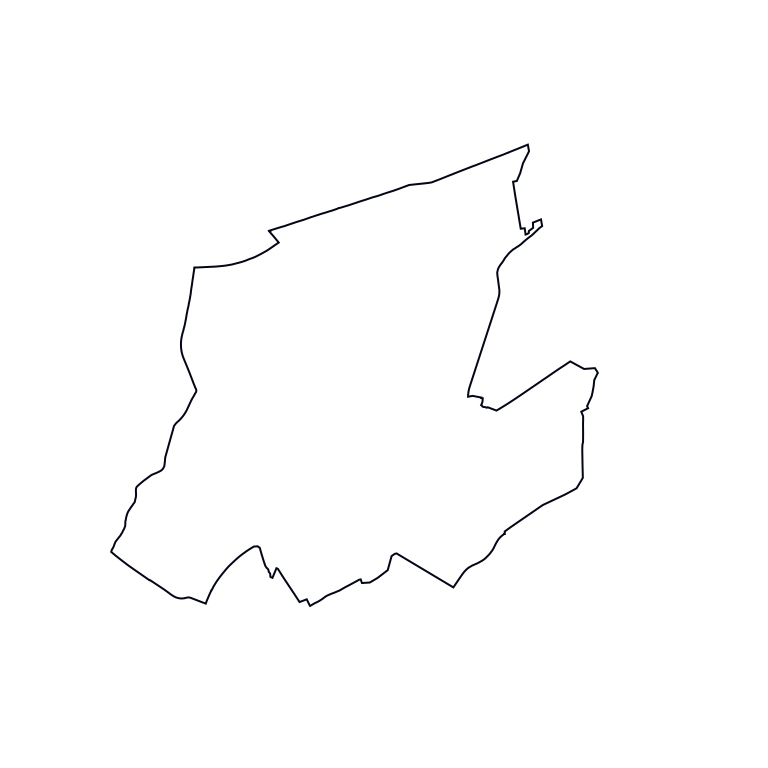 the district of Leiden, Zuid-Holland, Netherlands, rotated 202°
{"feature_id": "6326949B91980754405751", "entity_name": "Leiden", "entity_type": "district", "adm_level": 2, "iso_a3": "NLD", "parent_name": "Netherlands", "parent_adm1": "Zuid-Holland", "projection": "orthographic", "projection_center": [4.488, 52.152], "detail": "fine", "context": "isolated", "style": "outline", "palette": "ink", "viewbox_px": 768, "rotation_deg": 202, "n_neighbors": 0, "source": "geoboundaries", "source_scale": "gbopen_adm2", "svg_char_len": 6058}
<svg xmlns="http://www.w3.org/2000/svg" viewBox="0 0 768 768"><g transform="rotate(202 384 384)"><path d="M172.9,351.5L166.4,359.4L165.5,364.9L164.5,371.5L168.7,381.2L175.5,397.2L177.3,402.1L177.6,404.4L178.7,407.3L181.2,413.6L184.5,421.5L185.9,425.3L186.8,427.5L187.4,428.8L189.4,430.9L190.7,432.2L189.6,433.5L185.7,438.0L187.4,439.6L186.9,450.7L187.6,454.7L188.8,460.5L190.5,466.4L190.0,474.2L189.9,474.4L191.4,475.6L194.4,477.7L204.1,472.9L219.8,474.7L222.6,470.5L227.8,463.0L251.1,427.9L256.4,420.0L261.8,412.2L267.9,403.9L269.8,401.5L279.1,401.3L279.8,400.5L281.2,400.5L283.4,400.0L284.4,400.0L285.0,400.4L285.4,401.0L286.0,400.9L286.0,404.1L286.2,405.0L286.8,406.6L287.0,407.7L288.7,407.4L288.7,407.9L297.3,406.2L297.5,406.1L301.3,403.7L301.5,404.3L302.0,405.6L302.4,407.1L302.8,408.7L303.1,410.3L303.4,412.1L303.5,413.2L309.7,501.8L310.0,505.4L310.2,507.6L310.4,508.7L310.7,510.3L311.3,512.0L311.9,513.6L312.7,515.2L313.8,517.1L317.8,524.2L319.5,527.1L320.0,528.2L320.5,529.0L320.8,529.9L321.1,531.6L321.3,533.0L321.3,533.5L321.3,534.0L321.3,534.9L321.2,535.5L320.9,537.1L320.6,538.6L319.9,540.9L319.5,543.0L319.3,543.8L319.3,544.4L318.8,546.7L318.0,549.2L317.6,550.6L317.2,551.7L317.0,552.4L315.8,554.9L314.6,557.2L313.6,558.5L312.3,560.5L311.0,562.2L309.4,564.8L306.9,569.9L305.6,572.3L304.8,573.7L304.0,575.0L303.1,576.5L302.0,578.6L300.6,581.7L299.5,584.1L298.7,586.0L298.3,586.8L297.5,588.1L296.7,589.3L296.5,589.6L300.1,595.4L306.4,589.4L304.2,584.7L305.6,582.4L307.0,580.2L306.3,578.2L307.6,576.5L308.7,575.6L311.9,581.1L315.4,579.2L325.8,596.2L332.9,607.8L340.1,619.9L336.9,622.0L336.7,630.4L337.8,640.6L336.7,654.1L340.3,659.8L360.5,640.3L363.8,637.3L369.7,631.8L381.9,620.3L383.2,619.2L391.7,611.2L397.6,605.6L410.5,593.3L415.3,588.8L417.9,587.2L435.3,577.9L443.6,570.3L447.2,567.1L455.8,560.0L455.8,559.9L458.5,557.5L461.7,554.9L464.1,553.1L467.5,550.2L469.7,548.3L473.4,545.3L476.0,543.1L477.6,541.7L483.7,536.5L490.8,530.8L491.1,530.6L491.7,530.3L492.1,530.0L492.3,529.8L492.9,529.0L493.6,528.4L497.4,525.1L499.2,523.7L501.7,521.6L506.5,517.8L514.3,511.2L518.0,507.9L519.8,506.3L525.6,501.6L530.5,497.4L532.5,495.7L533.9,494.5L534.9,493.5L537.6,491.5L542.5,487.5L547.7,483.2L547.0,482.9L547.5,482.5L541.0,479.2L534.6,475.7L536.0,473.6L537.4,471.5L541.0,466.0L542.3,464.1L543.0,463.2L546.3,459.1L547.8,457.3L551.2,453.4L554.2,450.6L555.4,449.6L557.5,447.5L559.7,445.5L562.0,443.6L564.1,442.0L565.7,440.8L567.1,439.8L569.5,438.0L570.6,437.3L573.0,435.8L576.0,434.0L579.6,432.1L584.1,429.8L588.0,428.0L602.3,421.4L602.6,421.4L602.6,421.2L603.5,420.8L602.9,419.0L602.0,415.2L601.1,411.6L600.3,408.1L599.3,404.3L598.4,400.3L597.8,397.9L597.1,395.5L596.3,391.9L595.6,388.6L595.2,386.0L594.5,383.0L594.0,379.6L593.0,374.4L592.2,371.0L591.2,365.9L590.8,363.7L590.2,358.9L590.0,357.9L589.8,355.4L589.0,350.7L588.7,349.7L588.5,348.8L587.9,346.8L587.6,345.9L586.8,344.0L586.0,342.1L585.0,340.3L584.5,339.3L583.3,337.5L582.0,335.7L581.3,334.8L579.5,332.8L573.1,326.3L568.0,321.0L561.5,314.0L557.8,310.1L556.9,309.3L556.1,308.5L555.9,308.2L555.7,307.8L555.5,307.4L555.4,307.0L555.3,306.5L555.3,305.8L555.6,304.4L555.9,301.2L556.2,299.6L556.4,298.2L556.5,296.9L556.7,293.8L557.1,285.8L557.3,284.0L557.5,282.9L557.8,281.2L558.2,279.6L558.5,278.5L559.3,276.0L560.2,273.7L560.6,272.8L561.5,271.0L562.1,269.7L562.5,268.3L563.0,266.2L562.7,264.4L562.4,261.6L561.2,250.6L561.0,248.9L560.7,246.2L559.3,233.9L558.1,230.0L556.9,225.5L557.2,222.5L557.3,222.4L557.8,221.0L558.7,219.6L559.1,219.2L559.7,218.4L561.6,216.4L565.1,213.0L565.3,212.7L566.1,211.6L567.7,209.0L570.0,205.2L570.4,204.6L570.9,203.7L573.5,198.8L574.0,197.7L574.2,197.3L574.4,196.9L574.6,196.3L574.8,195.6L574.8,195.3L574.8,194.4L574.7,194.1L574.7,193.8L574.6,193.6L574.5,193.3L574.1,192.2L572.4,188.4L571.7,186.3L571.3,183.5L570.9,181.1L570.9,180.9L571.6,178.5L571.7,177.8L571.8,177.1L572.3,175.5L572.5,174.3L573.2,171.1L573.4,169.8L573.4,169.4L573.5,168.6L573.4,167.4L573.3,165.3L573.2,164.7L572.7,161.9L572.5,161.0L572.3,159.6L571.9,158.6L570.9,155.9L570.8,155.2L570.7,153.0L570.7,152.7L570.8,151.6L571.0,150.0L571.0,148.6L571.1,148.0L571.2,147.3L571.4,146.7L571.5,145.5L571.8,144.3L571.9,143.8L572.1,143.4L572.3,142.6L573.6,138.2L573.9,136.6L573.9,136.1L573.8,131.9L573.8,131.0L573.9,130.1L574.1,129.3L574.2,128.9L574.2,127.4L574.0,126.1L568.1,124.2L560.5,122.0L553.2,120.0L545.9,118.3L527.9,114.2L527.7,114.5L527.0,114.4L524.0,113.8L510.4,111.0L502.2,108.9L499.5,108.4L497.0,108.2L494.8,108.4L493.3,108.7L491.8,109.1L490.3,109.8L489.1,110.4L486.6,112.2L485.3,112.9L483.6,113.3L467.0,113.6L467.1,115.0L467.1,117.6L467.0,122.5L466.8,127.8L466.6,127.8L466.2,132.3L465.7,135.5L465.0,139.1L464.0,143.2L463.1,146.3L462.6,148.1L461.9,150.2L461.1,152.8L459.8,156.4L458.4,159.7L455.2,166.5L453.5,169.8L451.9,172.6L449.7,176.1L448.5,178.0L447.6,179.3L446.7,180.6L443.8,184.5L440.3,186.2L440.0,186.0L438.7,185.8L437.9,185.6L436.9,184.4L434.2,180.9L429.5,175.1L426.5,171.6L426.0,171.0L425.3,170.5L424.2,169.7L422.4,169.0L421.9,168.6L421.5,168.3L421.3,168.0L420.9,167.4L420.7,167.0L420.5,166.7L419.0,165.9L418.7,165.6L418.3,165.1L417.0,162.6L416.9,162.6L414.8,162.5L414.7,172.9L413.2,172.9L407.5,168.8L403.4,165.9L388.5,155.7L380.6,150.2L375.0,155.4L369.6,150.6L369.4,150.5L367.3,153.3L366.4,154.4L364.8,156.2L363.3,157.9L362.7,158.7L361.8,159.9L359.7,163.1L358.6,165.0L358.1,165.6L357.6,166.3L356.9,167.1L355.6,168.4L354.1,169.9L352.1,171.7L351.0,172.8L348.7,175.1L348.1,175.6L343.8,181.1L340.3,185.2L333.7,193.2L332.4,194.1L329.9,191.2L322.8,194.6L317.3,201.8L310.8,212.8L312.5,227.3L310.5,230.4L310.3,230.6L308.9,231.6L243.5,221.4L241.4,231.0L240.2,236.5L239.7,238.3L239.2,240.1L238.5,241.9L237.7,243.7L236.8,245.4L235.5,247.0L234.2,248.7L230.1,252.9L227.7,255.8L226.5,257.4L225.5,258.9L224.6,260.6L223.1,264.2L222.4,266.0L221.4,269.7L221.0,271.7L220.8,273.7L220.5,278.0L219.9,282.0L219.4,283.9L218.7,285.7L217.9,287.4L216.5,289.7L216.6,289.9L215.8,290.2L216.2,291.1L216.8,292.5L213.5,297.8L211.9,300.3L191.4,331.3L175.2,348.8L172.9,351.5Z" fill="none" stroke="#020617" stroke-width="2"/></g></svg>